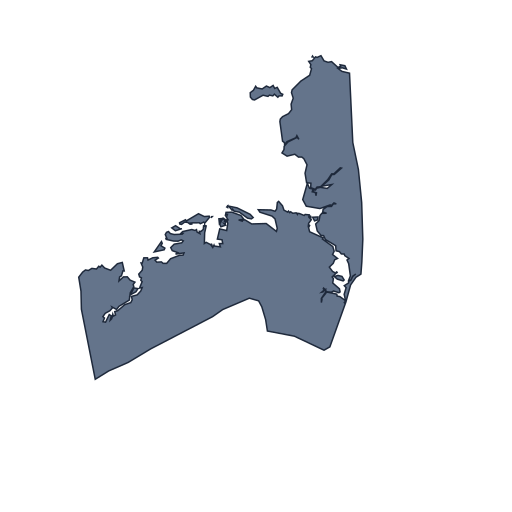 Kaimana, Papua Barat, Indonesia (Albers equal-area conic projection), rotated 133°
{"feature_id": "22746128B93097528927367", "entity_name": "Kaimana", "entity_type": "district", "adm_level": 2, "iso_a3": "IDN", "parent_name": "Indonesia", "parent_adm1": "Papua Barat", "projection": "albers", "projection_center": [133.918, -3.548], "detail": "fine", "context": "isolated", "style": "filled", "palette": "slate", "viewbox_px": 512, "rotation_deg": 133, "n_neighbors": 0, "source": "geoboundaries", "source_scale": "gbopen_adm2", "svg_char_len": 6163}
<svg xmlns="http://www.w3.org/2000/svg" viewBox="0 0 512 512"><g transform="rotate(133 256 256)"><path d="M414.0,347.4L455.8,289.5L440.4,285.3L421.0,276.9L395.5,269.6L330.0,246.4L317.8,243.8L291.4,232.1L287.0,223.5L289.2,217.1L296.0,205.5L303.1,196.5L288.5,173.3L278.5,142.0L272.1,140.0L228.3,158.9L212.6,167.1L203.4,168.4L197.7,166.9L188.2,174.5L170.9,189.3L144.8,215.2L122.9,240.1L107.0,262.6L58.5,312.3L62.4,319.1L62.9,324.0L59.5,321.2L57.6,317.3L56.2,320.8L58.8,324.9L59.6,323.4L62.2,324.8L62.3,333.3L65.2,335.4L66.9,339.3L65.2,345.1L69.0,346.7L69.8,348.3L74.8,348.0L77.7,350.2L78.6,346.4L81.0,345.0L81.1,343.2L87.2,340.0L97.5,342.5L109.8,342.9L112.3,341.5L115.2,336.4L121.0,333.9L124.7,329.7L129.7,329.3L135.9,331.6L139.3,331.6L141.4,330.2L153.9,314.9L153.7,312.5L155.4,310.7L151.3,311.4L142.3,307.5L140.1,308.2L141.4,304.2L141.2,306.8L150.8,310.4L156.6,310.2L159.1,308.1L162.9,307.3L161.8,301.4L155.1,297.0L154.7,292.4L152.4,290.0L152.2,287.4L154.5,280.9L162.0,276.6L167.9,269.0L165.3,265.5L168.7,262.6L166.8,258.1L164.0,258.4L161.2,256.0L151.2,255.6L144.3,256.7L142.8,255.1L134.0,254.5L133.4,253.4L143.0,254.4L144.8,256.1L150.7,254.6L160.2,255.5L152.0,249.3L158.0,250.0L161.9,255.7L165.0,257.9L167.2,257.5L167.8,258.7L170.1,258.0L168.5,254.9L171.0,253.2L169.1,255.9L170.7,258.7L168.1,259.9L170.0,263.0L167.9,268.0L182.9,260.3L185.3,253.2L177.7,241.6L168.0,236.6L167.8,235.3L164.0,235.2L163.1,232.8L165.1,235.0L168.3,234.6L171.3,237.7L176.1,238.7L178.3,237.2L176.6,233.5L179.9,237.0L182.8,236.8L187.1,234.0L191.9,234.2L195.9,228.3L196.6,222.5L195.0,220.5L196.6,216.5L194.1,204.8L197.6,201.0L195.9,198.0L196.3,195.0L194.4,192.8L195.2,191.3L194.4,186.3L196.9,186.7L198.4,183.0L206.2,173.4L210.7,171.6L208.9,170.2L204.9,171.5L201.1,170.7L204.9,171.3L209.3,170.0L211.1,171.2L212.5,169.9L217.5,171.2L217.7,168.5L223.9,165.4L228.2,159.1L230.5,158.5L228.9,159.4L230.5,159.8L228.8,159.5L227.7,160.8L228.5,167.0L230.0,169.3L228.8,170.9L233.5,178.7L234.8,180.1L235.7,179.5L242.2,179.1L242.8,178.1L245.5,176.4L242.4,179.3L234.6,180.5L233.6,182.6L236.6,182.5L237.7,183.3L233.5,182.8L234.1,183.3L234.2,183.9L234.0,184.5L233.4,184.7L233.2,181.8L234.3,180.5L231.2,176.3L228.7,175.4L226.3,170.3L224.9,170.0L223.1,172.6L223.4,181.5L219.7,184.0L219.4,186.0L214.1,185.7L215.1,189.5L214.1,194.8L208.7,194.5L205.1,195.9L202.2,194.7L202.7,201.0L199.2,202.1L196.7,206.3L198.3,219.0L196.9,219.1L201.7,233.3L198.6,238.1L196.2,239.8L191.8,240.3L191.6,243.7L189.6,245.1L192.1,248.4L193.5,248.4L195.3,253.2L196.3,254.6L197.3,254.1L197.0,256.0L199.7,258.3L200.0,260.8L201.3,260.9L201.0,262.9L202.3,262.8L203.4,266.8L201.2,270.9L200.6,276.7L202.3,276.9L207.6,272.9L210.3,272.6L212.1,276.4L220.6,285.9L221.3,283.0L215.9,271.5L215.9,267.4L221.3,259.3L224.1,257.8L225.3,270.7L235.5,281.0L237.1,288.7L238.8,290.2L239.9,289.8L241.5,293.3L237.4,289.9L236.7,294.7L240.4,303.5L244.5,307.7L246.2,306.6L245.0,305.3L246.7,304.5L247.3,305.5L248.6,301.2L249.4,302.0L251.5,298.8L257.4,294.8L260.9,301.0L270.0,295.8L267.3,291.9L269.6,288.8L271.9,291.3L273.6,288.3L277.1,293.2L276.6,294.2L279.3,293.4L278.6,296.9L280.0,301.8L282.1,302.3L274.0,309.4L267.4,313.3L268.5,312.9L268.3,314.6L269.2,313.8L269.7,314.9L272.5,312.7L275.5,313.0L276.6,314.3L277.9,312.3L278.7,315.4L277.3,317.5L278.9,318.0L280.4,321.0L288.1,326.3L290.7,326.4L289.3,324.8L290.3,324.8L296.1,330.5L298.0,333.9L297.8,336.7L299.7,337.6L302.2,337.0L303.8,333.3L304.6,333.9L305.1,333.0L301.3,326.5L298.3,323.1L295.2,321.7L294.5,319.5L297.0,319.3L303.1,323.9L308.0,324.1L309.2,320.9L306.8,315.4L309.5,316.1L302.8,310.8L305.1,309.9L307.8,312.5L316.2,316.6L322.3,316.3L324.8,319.0L324.8,321.1L328.2,324.4L327.9,327.0L324.1,326.0L324.0,327.0L327.7,330.3L332.6,332.2L331.3,334.1L333.8,336.8L338.8,334.4L339.5,335.3L341.3,331.3L344.0,329.5L349.2,329.4L350.7,326.9L350.1,324.9L352.3,323.7L352.4,321.8L358.9,319.3L356.7,317.7L360.2,316.4L365.5,316.4L370.5,319.5L372.4,316.7L375.5,315.8L381.1,318.8L390.3,319.8L393.0,321.4L394.9,318.5L398.1,319.6L400.7,318.7L402.4,318.8L398.5,321.0L398.9,323.4L407.0,320.9L408.4,323.1L404.7,324.5L404.8,326.6L400.7,327.2L395.7,325.5L391.9,325.6L391.5,326.6L390.2,321.5L386.3,321.9L374.7,318.6L368.6,322.9L361.8,324.4L360.6,326.4L357.7,326.7L359.5,331.6L359.0,335.9L361.7,338.7L367.7,339.2L364.3,341.5L362.3,340.9L357.6,343.2L356.8,342.2L351.9,349.4L356.2,352.1L365.6,352.6L368.0,358.5L367.8,362.5L370.5,362.4L370.7,364.0L374.3,363.8L377.0,367.6L380.9,368.7L382.5,371.2L386.0,371.8L392.4,371.2L401.1,360.0L414.0,347.4ZM123.1,348.3L121.1,346.1L119.5,346.7L120.2,349.0L118.2,355.5L120.7,356.6L119.6,359.8L123.4,360.7L124.6,364.3L129.6,365.4L132.5,370.1L132.1,372.0L136.5,370.9L140.5,371.6L143.6,368.5L144.0,365.4L142.9,363.5L133.6,360.5L131.1,356.1L129.2,355.9L127.4,352.9L125.1,352.9L125.0,348.3L123.1,348.3ZM266.8,315.9L259.3,316.4L258.8,317.4L262.4,320.7L264.3,326.9L277.9,330.9L277.6,332.3L283.8,334.6L284.6,333.6L283.7,332.0L279.9,331.3L278.0,328.8L277.7,325.9L276.0,324.3L276.8,326.5L274.9,324.9L270.3,320.0L270.4,318.8L266.8,317.3L266.8,315.9ZM234.1,288.0L232.0,284.7L229.8,284.3L229.5,288.7L233.7,302.7L238.2,310.1L238.8,304.8L237.7,305.0L238.2,302.7L235.3,298.1L234.1,288.0ZM314.1,327.4L312.4,328.0L313.3,332.5L310.7,333.2L309.9,335.0L322.4,333.2L314.1,327.4ZM258.6,301.6L254.3,299.3L254.1,301.3L253.6,300.2L252.4,301.4L250.7,300.7L250.5,301.9L252.0,302.7L250.9,303.1L251.4,304.6L250.4,304.0L250.7,305.9L257.4,304.3L258.6,301.6ZM292.9,336.8L292.5,332.2L286.5,328.8L287.7,329.7L288.7,335.5L292.9,336.8ZM213.4,175.2L212.3,179.2L214.3,182.8L217.6,184.7L217.5,180.8L214.8,175.3L213.4,175.2ZM364.0,319.4L360.4,320.1L362.6,323.5L370.0,321.4L364.0,319.4ZM187.7,235.6L185.2,237.3L189.0,241.0L190.4,237.1L187.7,235.6ZM254.1,308.5L256.8,305.4L252.1,306.7L254.1,308.5ZM396.2,321.1L398.0,320.1L396.9,319.9L396.2,321.1ZM238.8,310.8L240.1,310.8L239.9,309.8L238.8,310.8ZM196.5,237.8L198.0,238.1L198.4,237.2L196.5,237.8ZM190.7,243.8L190.3,242.4L189.7,243.3L190.7,243.8ZM71.2,351.0L72.1,350.8L71.5,349.9L71.2,351.0ZM212.4,186.7L213.3,185.6L212.8,185.4L212.4,186.7ZM277.4,297.1L278.1,296.4L277.9,296.0L277.4,297.1ZM257.5,315.3L258.7,314.9L257.1,314.9L257.5,315.3Z" fill="#64748b" stroke="#1e293b" stroke-width="1.5"/></g></svg>